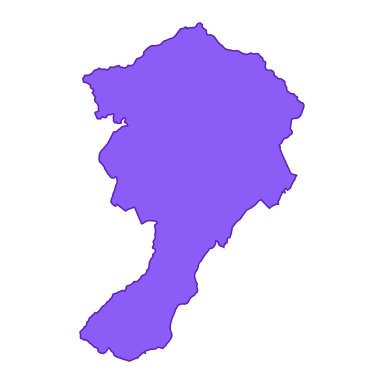 the district of San Francisco, Cundinamarca, Colombia
{"feature_id": "7082276B70253343693819", "entity_name": "San Francisco", "entity_type": "district", "adm_level": 2, "iso_a3": "COL", "parent_name": "Colombia", "parent_adm1": "Cundinamarca", "projection": "mercator", "projection_center": [-74.284, 4.953], "detail": "fine", "context": "isolated", "style": "filled", "palette": "violet", "viewbox_px": 384, "rotation_deg": 0, "n_neighbors": 0, "source": "geoboundaries", "source_scale": "gbopen_adm2", "svg_char_len": 5910}
<svg xmlns="http://www.w3.org/2000/svg" viewBox="0 0 384 384"><path d="M84.4,326.7L84.5,327.2L83.1,328.9L80.0,332.0L80.5,335.2L80.4,337.5L80.7,338.3L82.6,339.0L84.0,340.0L85.2,339.9L86.4,340.2L88.3,341.5L90.0,343.5L91.3,344.0L93.9,346.8L95.9,347.7L97.4,348.1L98.1,349.4L97.7,350.3L98.9,352.1L100.8,353.1L103.7,353.5L105.8,351.9L108.2,348.5L109.5,348.1L111.2,351.1L113.5,352.9L114.0,354.9L114.6,355.8L117.5,357.2L124.4,359.6L126.3,360.0L129.2,361.0L133.2,359.5L136.6,357.9L137.4,358.3L139.2,355.9L141.0,354.6L142.4,353.0L143.4,352.6L145.3,353.1L144.7,351.7L146.1,350.7L151.0,349.2L152.8,349.3L155.8,348.8L158.2,347.1L162.7,348.4L163.1,348.2L164.1,346.9L166.1,345.3L166.7,343.8L169.0,341.4L171.7,337.0L171.8,334.1L170.6,330.9L170.1,327.7L170.6,323.4L171.9,318.7L174.2,313.6L175.4,310.0L177.8,305.5L178.2,305.2L181.3,304.0L182.3,303.8L184.3,304.1L185.4,304.0L187.3,303.1L187.8,302.7L189.8,299.0L191.1,297.2L194.5,295.1L195.8,293.0L197.2,292.2L197.5,291.3L197.5,289.2L197.1,288.4L196.8,286.0L197.2,284.2L195.7,280.7L194.7,277.0L194.6,274.7L195.0,273.1L197.3,269.5L198.1,267.2L198.4,264.8L199.1,263.1L201.6,260.2L203.3,257.2L205.6,253.9L208.5,250.5L209.0,249.2L210.2,248.4L212.1,248.2L213.9,246.8L215.4,244.1L215.9,240.7L217.9,241.8L217.9,242.7L218.9,243.2L218.7,244.5L219.4,245.2L220.6,246.1L222.6,246.8L223.3,246.7L223.8,247.2L224.2,244.9L225.3,244.1L225.5,242.7L227.0,242.8L227.6,238.3L228.4,237.7L229.8,237.6L230.1,237.2L231.4,232.5L232.3,227.4L233.5,225.7L234.9,224.1L236.0,222.3L240.1,219.2L246.2,210.6L246.9,210.0L250.8,208.0L254.8,205.2L256.7,203.3L258.7,200.8L261.0,199.7L269.4,208.3L271.5,206.5L275.7,204.4L276.7,204.1L278.4,204.3L278.2,201.2L279.1,200.1L279.9,198.3L280.3,196.5L281.2,195.1L282.5,191.8L285.0,192.7L284.7,190.7L284.2,189.8L285.3,188.5L285.9,188.6L287.2,189.9L287.7,190.1L290.1,188.2L290.7,187.3L291.8,184.6L293.5,181.2L294.5,180.3L295.4,177.4L296.7,175.3L291.4,173.9L290.6,173.0L282.5,155.1L280.1,149.2L280.1,146.3L279.2,145.5L279.8,144.6L281.8,142.7L283.6,139.0L284.3,138.5L287.5,137.7L289.9,134.9L290.9,134.6L291.9,133.7L292.2,132.8L292.1,131.4L290.1,128.3L290.7,126.8L290.8,124.6L291.7,119.0L294.2,118.5L296.4,118.4L297.6,118.0L298.4,117.7L300.2,116.1L301.2,114.3L303.7,107.4L304.0,105.6L303.4,103.7L302.7,102.9L301.3,102.8L300.3,101.8L298.4,100.7L297.0,98.8L297.0,98.1L297.6,97.2L295.3,95.8L293.9,93.8L291.1,93.7L287.4,91.0L286.8,89.8L286.6,87.4L284.8,84.0L284.9,81.6L281.6,79.1L277.8,78.4L276.8,77.1L275.1,76.3L274.4,75.2L273.8,72.5L272.9,71.3L271.2,70.2L268.0,70.2L266.1,69.6L265.1,66.5L265.7,63.4L265.4,61.8L263.0,60.9L262.9,59.1L262.4,57.8L260.2,56.2L258.6,54.0L256.6,53.6L253.4,53.9L250.4,53.0L248.0,54.3L244.7,54.2L241.1,52.8L238.9,51.1L237.3,50.7L235.8,50.6L234.0,51.0L231.9,50.6L230.7,50.1L228.3,49.9L225.4,48.9L224.6,48.4L222.0,45.4L220.4,44.4L218.4,42.5L214.0,36.4L210.9,34.8L208.0,35.0L207.3,34.7L206.5,33.0L206.4,30.6L205.8,29.8L203.2,28.1L202.0,26.5L202.4,25.1L202.3,24.7L200.4,23.0L198.8,23.2L197.5,23.9L195.9,26.6L193.9,27.6L190.8,27.6L187.9,28.2L187.5,27.8L187.3,27.9L187.5,28.2L187.2,28.6L186.9,28.1L186.6,28.2L186.2,27.9L186.2,27.5L185.7,27.5L185.3,27.0L184.5,27.9L183.6,28.4L180.4,28.9L175.3,35.9L172.9,37.8L171.8,38.4L169.8,38.7L167.2,40.0L164.4,40.9L162.6,42.1L161.9,43.4L159.3,45.1L155.1,45.7L152.0,45.6L150.2,46.4L147.3,48.5L144.1,51.7L143.7,52.4L143.9,54.3L142.1,56.5L140.9,57.4L136.6,58.9L133.8,64.3L133.1,65.0L130.3,65.7L128.1,65.3L127.7,65.8L127.6,66.8L124.3,68.1L122.4,67.3L120.4,67.4L119.5,65.9L118.7,65.5L116.9,66.2L115.6,66.3L114.3,67.3L110.4,67.0L108.0,69.5L107.0,70.0L105.1,69.1L101.1,69.3L99.5,68.3L98.7,68.2L97.8,69.4L94.3,70.3L91.6,73.9L90.3,74.0L89.6,75.0L87.1,75.2L86.1,75.7L85.4,75.3L84.8,75.3L83.9,77.2L82.8,78.3L83.5,82.0L87.1,82.9L90.2,85.0L90.6,85.5L90.4,87.7L92.5,88.9L93.7,90.9L93.6,91.5L92.3,92.4L92.2,93.0L93.7,94.5L94.2,95.9L95.3,96.8L95.4,97.3L94.6,99.0L94.8,101.0L95.3,101.8L97.0,103.1L98.6,106.4L98.3,108.2L98.6,111.2L95.4,112.2L94.9,113.1L97.1,118.3L98.1,118.9L100.7,118.8L102.2,116.7L104.1,117.5L105.9,117.6L106.6,117.0L106.8,115.9L108.7,114.6L110.4,114.8L113.3,113.8L114.0,114.9L113.2,117.4L113.7,119.3L113.4,120.4L114.5,122.7L115.2,122.8L116.1,121.9L117.2,123.2L119.9,123.5L120.8,123.3L121.4,122.6L121.2,120.8L121.4,120.2L123.0,118.9L123.9,117.7L124.7,117.5L125.7,119.4L125.0,120.4L124.6,122.1L125.4,122.9L126.9,123.3L127.8,125.4L127.8,125.7L124.9,126.0L122.0,126.7L119.9,128.9L118.6,129.6L116.6,131.4L116.1,131.7L114.0,131.9L113.4,132.4L109.5,140.3L107.2,144.2L104.1,147.9L101.6,150.4L100.0,152.8L99.4,154.5L99.0,159.0L99.6,161.9L101.2,163.0L104.2,167.0L104.5,167.4L104.5,168.5L106.0,170.6L108.2,174.4L109.2,175.0L110.6,177.2L112.3,178.1L113.5,178.0L115.9,176.9L116.5,177.5L117.2,180.3L117.2,182.5L115.9,185.4L114.4,190.9L112.9,194.0L112.8,196.4L111.9,197.7L110.9,201.2L111.2,202.7L114.2,205.7L115.6,206.1L116.8,204.2L125.6,211.0L128.2,209.3L134.5,207.1L141.4,223.4L142.1,223.9L145.5,221.7L147.7,220.7L152.2,220.7L154.6,221.0L156.1,221.5L157.4,222.5L157.4,223.4L155.9,224.1L154.9,225.0L154.7,225.7L154.7,226.6L155.2,228.0L155.3,229.7L155.7,231.4L154.9,234.3L155.3,238.2L153.2,241.3L153.2,242.1L153.9,244.4L152.5,247.5L152.8,248.3L154.0,248.3L154.8,248.8L155.4,250.2L155.3,251.5L154.3,253.4L152.7,254.5L153.0,256.8L151.4,258.3L149.5,262.0L148.7,268.7L147.2,269.8L146.0,273.4L145.6,274.1L141.8,275.8L139.9,278.9L137.4,281.3L136.7,281.5L134.0,281.6L133.6,281.9L133.3,282.8L131.0,284.6L129.6,285.3L128.5,285.4L126.7,286.1L126.0,287.6L126.3,288.8L125.7,289.3L124.7,291.1L124.2,291.2L123.1,290.5L122.2,290.4L118.5,292.1L117.9,292.1L116.6,293.3L115.4,293.3L113.0,294.2L112.1,297.0L110.9,298.6L110.0,299.2L109.3,300.8L107.5,301.7L106.5,302.7L104.9,305.2L102.4,306.4L102.1,307.2L100.9,308.4L99.6,310.6L98.0,311.7L97.5,312.6L97.0,312.9L95.0,312.6L93.5,314.5L92.6,315.0L91.8,316.2L89.7,317.7L89.0,318.9L88.9,319.6L88.3,321.0L86.8,322.3L86.8,323.3L86.0,325.9L85.4,326.6L84.4,326.7Z" fill="#8b5cf6" stroke="#5b21b6" stroke-width="1.5"/></svg>